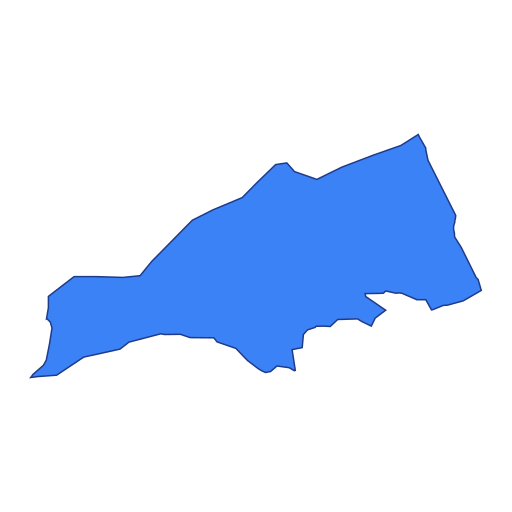 outline of Saki West, Oyo, Nigeria
{"feature_id": "59680162B14133510851755", "entity_name": "Saki West", "entity_type": "district", "adm_level": 2, "iso_a3": "NGA", "parent_name": "Nigeria", "parent_adm1": "Oyo", "projection": "mercator", "projection_center": [3.175, 8.647], "detail": "fine", "context": "isolated", "style": "filled", "palette": "blue", "viewbox_px": 512, "rotation_deg": 0, "n_neighbors": 0, "source": "geoboundaries", "source_scale": "gbopen_adm2", "svg_char_len": 1467}
<svg xmlns="http://www.w3.org/2000/svg" viewBox="0 0 512 512"><path d="M48.4,296.4L48.4,307.7L46.5,318.8L46.8,318.6L50.3,322.1L52.0,328.0L49.5,343.9L46.3,360.0L46.2,360.3L43.4,365.3L33.1,374.3L30.7,377.5L37.3,376.6L56.6,375.2L83.7,357.1L120.0,349.1L129.0,342.1L160.8,333.8L164.6,334.5L180.4,334.3L190.1,337.6L213.8,337.8L217.1,341.9L235.9,348.4L243.6,356.5L247.5,360.5L258.0,368.5L261.7,370.8L265.5,372.5L270.6,371.5L277.0,366.0L289.2,367.7L294.3,370.7L295.3,370.4L292.1,349.6L302.2,347.6L303.4,334.5L307.5,329.9L315.1,327.4L316.0,326.3L323.8,326.1L330.2,326.5L337.7,319.5L357.5,318.9L362.1,321.7L371.3,326.1L375.2,318.1L381.0,313.7L385.7,310.2L381.7,307.5L365.7,296.5L365.1,293.6L378.6,293.4L383.4,293.2L385.7,291.0L385.9,291.0L395.8,293.2L399.1,292.9L402.0,293.3L416.8,299.7L425.8,299.7L431.5,309.9L432.7,309.7L443.3,305.4L447.3,305.2L463.3,300.8L481.3,290.4L478.1,279.5L476.2,277.6L461.3,247.5L454.6,236.9L454.4,233.2L453.6,229.3L453.6,226.6L454.0,224.8L454.8,222.2L454.8,220.9L455.3,218.8L455.6,217.4L455.5,216.8L455.7,216.0L455.7,215.4L428.0,160.3L425.8,149.8L425.7,147.9L419.4,137.0L418.3,134.5L416.5,135.6L400.8,145.5L373.4,155.1L343.0,166.7L341.7,167.2L316.8,179.4L294.5,171.6L286.8,162.9L275.6,164.6L257.6,182.0L242.2,197.6L213.0,209.8L192.4,220.2L187.3,225.3L155.2,257.9L152.1,261.0L146.1,268.3L140.1,275.7L122.1,277.5L122.0,277.4L95.5,276.6L79.2,276.6L74.3,276.6L74.1,276.6L64.6,283.9L48.4,296.4Z" fill="#3b82f6" stroke="#1e3a8a" stroke-width="1.5"/></svg>